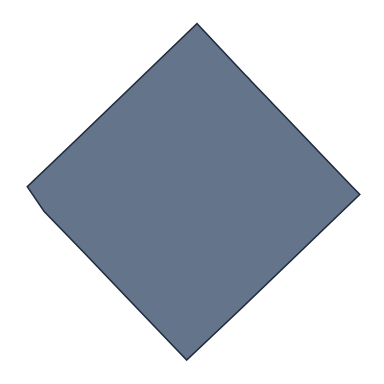 Miami, Kansas, United States of America, rotated 316°
{"feature_id": "52423323B68784032063419", "entity_name": "Miami", "entity_type": "district", "adm_level": 2, "iso_a3": "USA", "parent_name": "United States of America", "parent_adm1": "Kansas", "projection": "albers", "projection_center": [-94.74, 38.564], "detail": "fine", "context": "isolated", "style": "filled", "palette": "slate", "viewbox_px": 384, "rotation_deg": 316, "n_neighbors": 0, "source": "geoboundaries", "source_scale": "gbopen_adm2", "svg_char_len": 529}
<svg xmlns="http://www.w3.org/2000/svg" viewBox="0 0 384 384"><g transform="rotate(316 192 192)"><path d="M77.2,73.7L72.1,103.2L72.2,161.9L71.8,223.7L71.4,309.2L149.6,310.0L311.0,310.3L311.0,307.8L310.9,300.4L311.0,279.6L311.1,250.3L311.2,246.5L311.2,245.7L311.2,240.8L311.3,222.4L311.4,203.0L311.4,202.8L311.4,201.5L311.4,183.4L311.5,181.0L311.5,161.3L311.5,153.7L311.7,150.7L311.6,143.7L312.6,74.3L233.2,74.2L213.7,74.2L174.5,74.1L155.0,74.1L150.2,74.1L77.2,73.7Z" fill="#64748b" stroke="#1e293b" stroke-width="1.5"/></g></svg>